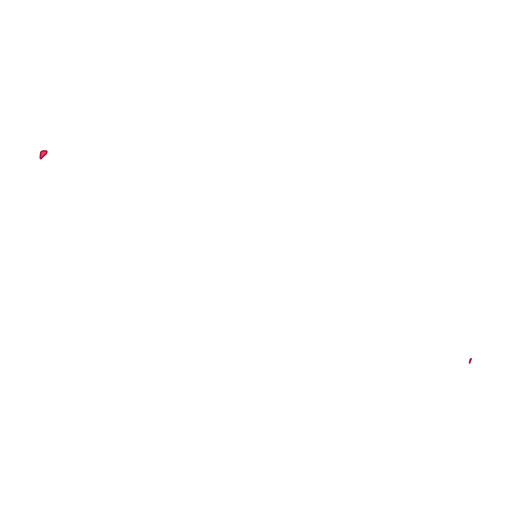 Hatohobei + Helens Reef, Palau, rotated 23°
{"feature_id": "81905179B51306055361001", "entity_name": "Hatohobei + Helens Reef", "entity_type": "district", "adm_level": 2, "iso_a3": "PLW", "parent_name": "Palau", "parent_adm1": "", "projection": "albers", "projection_center": [131.501, 2.992], "detail": "fine", "context": "isolated", "style": "filled", "palette": "rose", "viewbox_px": 512, "rotation_deg": 23, "n_neighbors": 0, "source": "geoboundaries", "source_scale": "gbopen_adm2", "svg_char_len": 712}
<svg xmlns="http://www.w3.org/2000/svg" viewBox="0 0 512 512"><g transform="rotate(23 256 256)"><path d="M19.0,242.5L18.6,242.8L18.2,243.2L18.0,243.5L17.7,243.9L17.5,244.5L17.5,245.2L17.7,245.9L18.3,247.7L18.8,249.4L19.1,250.0L19.6,250.5L19.8,250.5L20.0,250.5L20.4,249.6L20.7,248.6L21.2,247.6L22.8,244.1L23.0,242.9L22.8,241.8L22.0,241.3L20.4,241.9L19.0,242.5ZM494.0,266.6L493.9,267.1L493.7,267.6L493.7,267.9L493.7,268.2L493.7,268.4L493.9,268.8L494.2,269.5L494.3,269.8L494.3,270.0L494.2,270.3L494.1,270.5L494.4,270.7L494.4,270.4L494.5,270.1L494.5,269.7L494.4,269.3L494.4,268.8L494.3,268.2L494.2,267.4L494.3,267.2L494.3,266.9L494.2,266.6L494.0,266.6Z" fill="#f43f5e" stroke="#9f1239" stroke-width="1.5"/></g></svg>